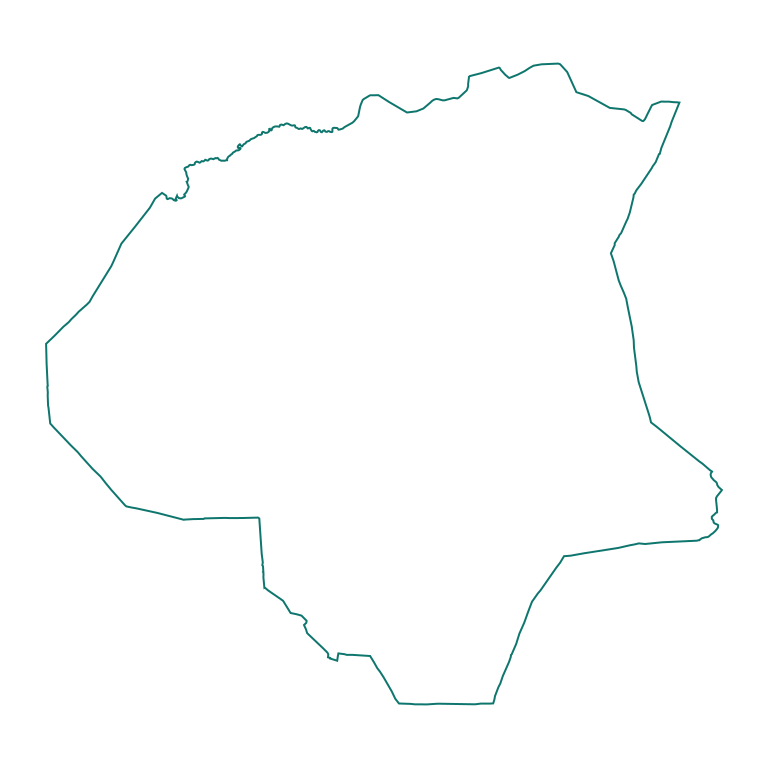 Riebiņu pag., Riebinu, Latvia
{"feature_id": "27541924B17369657995455", "entity_name": "Riebiņu pag.", "entity_type": "district", "adm_level": 2, "iso_a3": "LVA", "parent_name": "Latvia", "parent_adm1": "Riebinu", "projection": "mercator", "projection_center": [26.752, 56.344], "detail": "fine", "context": "isolated", "style": "outline", "palette": "teal", "viewbox_px": 768, "rotation_deg": 0, "n_neighbors": 0, "source": "geoboundaries", "source_scale": "gbopen_adm2", "svg_char_len": 6039}
<svg xmlns="http://www.w3.org/2000/svg" viewBox="0 0 768 768"><path d="M46.1,343.8L46.6,363.7L47.6,383.9L47.7,385.3L47.8,385.7L47.6,385.8L47.3,386.8L47.8,392.2L47.7,395.9L48.1,405.7L48.5,407.7L50.2,423.3L50.3,423.6L54.2,427.9L70.5,445.0L77.8,452.2L81.4,456.5L92.4,468.7L100.6,476.6L105.6,483.0L111.2,489.8L125.1,505.4L126.4,506.4L131.5,507.5L136.6,508.4L157.2,512.9L183.9,519.8L184.2,519.6L193.3,519.1L203.8,518.9L204.4,518.4L225.2,517.9L230.5,518.1L243.1,518.0L258.0,517.6L259.3,518.5L261.7,553.8L262.8,562.4L262.3,565.2L263.0,566.2L263.3,571.2L263.3,571.4L263.0,571.9L263.4,572.2L263.5,574.6L263.4,577.3L264.4,587.9L264.9,587.7L268.1,590.4L283.1,600.8L290.6,613.0L296.4,614.2L301.5,615.6L306.6,620.8L306.3,622.8L304.0,625.0L306.1,629.6L306.8,632.1L307.3,633.3L323.0,648.2L327.5,652.7L328.3,654.5L328.0,657.3L330.1,657.9L330.0,658.5L337.2,660.7L337.8,656.4L338.4,653.4L344.5,654.2L346.9,654.9L353.0,654.9L370.1,656.0L373.7,661.8L377.3,668.2L380.0,671.7L383.6,677.3L391.8,691.5L395.3,698.8L399.0,703.5L410.9,703.9L414.5,704.3L427.0,704.4L437.9,703.7L475.2,704.3L480.8,703.6L489.8,703.6L493.2,703.4L494.4,699.5L495.0,696.1L498.4,687.2L500.3,683.5L502.8,676.1L509.0,662.0L510.7,657.2L511.0,655.0L511.7,654.3L516.2,643.9L519.4,633.6L524.2,622.8L528.4,611.1L532.0,601.7L537.8,593.5L540.4,590.5L556.2,567.8L560.2,562.6L564.0,556.2L570.5,555.7L584.5,553.2L618.4,547.9L629.8,545.3L635.1,544.3L638.8,543.4L645.2,544.0L661.9,542.3L696.8,540.7L699.0,540.1L699.5,540.2L699.9,539.6L701.8,538.3L705.2,537.3L707.5,537.1L708.6,536.6L711.5,534.1L712.6,533.5L715.3,531.0L717.4,528.5L717.9,527.5L718.2,525.8L718.1,525.1L717.8,524.8L714.4,523.3L713.6,522.2L713.3,520.4L711.9,518.9L711.8,517.3L711.8,516.9L712.6,515.9L713.9,514.9L715.7,513.1L716.5,512.5L717.0,512.4L716.9,512.0L717.1,511.3L717.1,510.3L716.0,499.3L716.1,497.9L717.1,496.1L721.8,490.3L721.9,490.0L718.6,487.1L717.3,485.1L717.0,483.6L716.4,482.3L713.6,480.0L712.4,478.5L711.5,477.6L711.0,476.5L710.6,474.6L710.9,473.2L712.1,471.6L711.9,471.4L710.0,470.2L702.5,463.7L698.9,461.1L680.4,446.3L657.1,427.1L651.0,422.4L650.3,419.2L649.4,415.8L638.7,382.2L636.8,371.9L636.3,365.9L634.0,347.9L633.7,340.3L631.9,327.7L631.9,327.3L627.8,307.2L626.2,298.7L623.8,292.6L620.6,285.3L618.7,280.3L613.6,261.1L610.9,253.3L614.7,245.1L614.7,243.2L618.8,236.7L619.5,234.9L621.1,233.2L626.5,221.0L627.6,218.9L629.8,212.5L633.5,197.2L633.7,194.7L634.8,193.5L636.2,190.5L641.3,183.8L648.1,173.6L651.9,167.9L652.6,166.4L655.6,162.3L659.0,154.1L659.8,153.8L661.3,148.1L670.2,126.3L671.6,121.9L679.4,102.6L677.1,102.3L673.9,102.2L669.2,101.7L661.1,101.6L652.1,105.0L650.8,107.4L649.5,110.1L648.3,112.4L645.0,119.2L643.5,120.9L643.0,121.1L641.9,120.8L631.7,114.3L630.7,112.9L625.5,109.8L624.0,109.4L609.8,107.9L588.3,96.0L576.4,92.2L567.2,72.0L560.2,64.3L559.0,63.8L557.9,63.6L541.6,64.3L533.5,65.7L529.7,67.8L524.7,71.1L517.6,74.7L509.5,77.9L508.8,77.8L505.2,74.7L500.8,69.9L499.9,68.2L499.3,67.7L498.8,67.6L481.4,73.1L469.8,76.1L469.0,76.8L468.1,84.2L468.2,86.2L467.0,89.9L466.5,90.6L458.7,97.8L457.5,98.4L453.5,97.9L444.7,100.3L442.6,100.3L438.3,99.2L436.2,99.0L435.4,99.2L433.6,99.9L432.0,101.0L430.1,102.8L423.4,108.5L416.5,111.3L407.0,112.5L388.9,101.9L378.5,95.2L370.2,95.3L369.7,95.5L363.7,99.1L362.6,100.1L360.7,104.8L360.0,107.1L358.4,115.0L358.1,116.3L354.3,121.0L352.6,122.6L344.5,127.1L342.8,128.5L341.9,128.9L338.8,129.7L338.4,129.6L337.6,128.4L337.0,128.0L333.8,127.8L333.1,128.0L332.5,128.6L332.4,129.1L332.4,131.6L331.9,132.1L330.3,131.9L328.9,131.1L328.2,131.1L326.9,131.9L326.3,131.9L325.2,131.4L324.6,130.4L324.3,130.3L323.4,130.5L321.9,132.2L321.1,132.1L319.8,130.3L319.0,130.1L318.1,130.7L317.4,132.0L316.7,132.3L315.0,131.9L314.1,131.1L313.5,130.9L312.3,131.3L312.1,131.2L311.7,130.9L310.5,129.0L310.3,128.3L310.0,127.9L309.0,127.9L308.0,128.4L307.7,128.4L306.6,127.0L305.9,126.9L305.0,127.1L302.4,128.9L301.8,128.9L300.7,128.4L299.1,129.0L298.6,128.9L296.8,127.8L295.7,127.5L295.3,127.0L295.0,125.7L294.7,125.3L293.9,125.3L292.4,125.6L291.2,125.4L288.2,123.8L286.8,123.4L285.3,123.9L283.6,125.2L281.6,124.6L280.5,124.8L279.9,125.2L279.5,126.4L279.3,126.7L276.9,126.4L275.0,126.5L273.3,127.2L272.4,128.0L272.0,128.7L271.7,130.0L271.4,130.3L270.6,130.3L269.9,128.8L269.3,128.9L269.1,130.9L268.9,131.5L268.5,132.0L267.3,132.7L265.3,132.9L263.4,132.0L262.8,131.9L262.3,132.2L262.0,132.7L262.0,133.6L261.7,134.3L260.8,134.8L258.0,134.9L257.3,135.3L256.8,136.3L255.7,136.9L254.2,138.0L251.0,139.1L249.2,140.8L246.5,141.8L245.5,143.3L243.7,144.3L242.2,146.3L241.6,146.3L241.4,145.9L240.4,145.2L240.1,144.4L239.7,144.3L239.0,144.9L238.3,145.7L237.8,146.7L237.8,147.2L238.1,147.8L238.6,148.1L239.8,147.8L240.2,148.0L240.5,148.6L240.3,149.1L238.6,150.3L236.2,150.5L235.1,151.4L233.2,152.5L232.8,152.8L232.2,153.8L230.6,154.9L229.9,155.7L228.6,156.5L228.0,157.2L227.1,158.9L227.1,160.2L226.1,160.2L225.7,160.5L224.0,160.8L222.8,160.6L221.6,160.8L219.4,159.9L219.0,159.6L218.2,158.4L217.4,157.9L216.4,158.3L215.3,158.1L214.7,158.6L214.1,158.7L213.3,159.2L211.4,158.6L210.4,158.7L209.5,159.0L209.0,159.4L208.7,160.0L208.2,160.4L207.3,160.6L205.6,159.8L205.2,159.8L204.9,160.3L203.6,161.3L203.2,161.4L201.7,161.1L200.1,162.5L199.6,162.7L197.9,161.9L196.8,161.6L195.9,161.9L194.9,163.0L194.6,164.4L194.1,164.7L191.6,165.2L190.4,164.8L189.6,165.0L188.0,166.7L186.3,167.2L185.0,167.9L184.7,168.2L184.5,169.0L184.7,169.5L186.1,172.2L186.4,173.2L186.3,173.7L186.7,175.2L187.6,177.6L188.2,178.6L187.9,179.8L187.2,182.0L186.8,182.0L188.1,185.6L188.7,186.6L188.5,187.7L187.0,191.0L186.1,192.6L184.2,194.5L184.3,195.0L185.1,196.1L184.8,196.6L181.6,198.2L180.8,198.4L178.9,198.1L177.2,196.5L177.0,195.8L175.6,199.0L176.3,199.7L176.6,200.1L176.0,200.7L175.3,200.7L173.8,200.1L172.4,198.8L171.5,198.4L169.7,198.2L167.7,199.1L167.1,198.9L166.7,198.5L166.4,196.2L165.9,195.5L162.0,192.9L155.1,198.6L149.9,207.7L135.2,226.5L121.4,243.6L113.1,262.3L111.2,266.3L92.7,296.2L89.5,301.9L86.9,304.5L78.6,311.8L76.0,314.7L71.6,318.9L68.8,322.1L63.3,326.8L54.8,335.5L46.1,343.8Z" fill="none" stroke="#0f766e" stroke-width="2"/></svg>